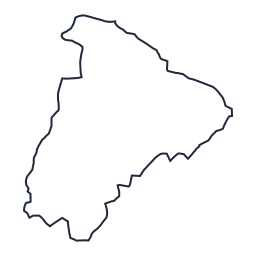 Aqra, Ninawa, Iraq (Natural Earth projection)
{"feature_id": "34846034B43190647810772", "entity_name": "Aqra", "entity_type": "district", "adm_level": 2, "iso_a3": "IRQ", "parent_name": "Iraq", "parent_adm1": "Ninawa", "projection": "natural_earth1", "projection_center": [43.799, 36.668], "detail": "fine", "context": "isolated", "style": "outline", "palette": "slate", "viewbox_px": 256, "rotation_deg": 0, "n_neighbors": 0, "source": "geoboundaries", "source_scale": "gbopen_adm2", "svg_char_len": 3287}
<svg xmlns="http://www.w3.org/2000/svg" viewBox="0 0 256 256"><path d="M62.3,78.4L62.2,78.6L61.9,79.3L61.7,80.0L61.5,81.1L60.7,83.4L59.8,86.7L58.5,91.3L58.0,93.5L58.0,96.5L58.0,99.3L58.5,102.2L58.7,105.9L58.8,108.6L58.6,109.9L58.4,110.2L58.0,110.8L57.9,111.0L56.5,112.1L55.3,113.5L53.4,115.7L51.7,117.4L51.6,117.6L51.5,119.9L51.5,123.2L51.5,125.2L51.4,126.6L51.1,127.2L50.8,127.8L50.7,128.6L50.1,130.1L49.6,131.4L48.8,133.5L48.5,134.0L47.3,134.8L46.4,135.7L45.5,136.7L44.5,137.9L43.2,138.9L42.1,139.9L41.5,140.9L40.8,142.0L39.7,144.1L38.8,145.5L38.4,146.3L37.8,147.7L37.2,148.8L37.0,149.6L36.7,151.0L36.6,152.0L36.2,153.2L36.0,153.8L34.8,156.0L34.0,157.2L33.9,157.7L33.8,158.6L33.7,160.8L33.7,162.4L33.7,163.2L33.5,163.8L33.2,165.4L32.8,167.2L32.5,168.9L32.4,169.6L31.7,170.6L30.6,172.1L30.1,172.8L29.5,173.6L28.4,174.8L27.5,176.0L27.2,176.5L26.5,178.3L26.2,179.4L25.9,180.9L25.9,182.1L26.2,183.5L26.2,184.9L26.8,185.7L27.6,186.8L27.8,187.6L28.5,188.4L28.3,189.8L27.6,191.4L29.9,193.4L30.5,194.0L30.6,201.7L29.0,202.4L26.5,202.7L25.9,203.1L25.2,204.6L24.5,206.7L24.2,208.4L24.0,210.7L26.4,212.5L27.6,213.7L28.7,216.4L29.5,217.7L31.5,216.5L33.4,215.6L39.2,215.6L42.1,218.0L43.2,219.4L45.2,222.0L46.3,223.4L47.9,224.6L49.9,226.3L53.1,223.9L55.7,222.1L58.0,220.7L62.2,217.9L64.9,219.6L68.0,221.5L67.9,222.7L68.7,228.7L69.3,233.3L70.1,235.9L70.2,237.7L71.6,238.4L74.0,239.3L76.0,240.5L76.8,240.6L81.7,240.4L84.8,240.3L86.5,240.3L88.4,240.5L89.1,239.5L91.1,235.9L91.7,233.9L93.8,231.4L97.3,228.7L100.5,225.4L102.9,222.0L106.3,217.7L107.1,214.6L107.1,212.1L106.9,210.1L105.8,205.6L105.2,203.6L110.7,201.6L114.3,200.7L117.0,198.0L119.2,196.2L119.2,191.7L117.6,185.4L118.7,185.1L119.5,184.9L128.4,186.5L129.2,186.1L129.3,186.1L129.4,185.9L130.2,183.6L131.8,175.7L132.0,175.5L140.0,176.0L140.1,175.8L143.9,170.0L144.0,169.9L149.2,164.3L153.8,159.5L153.8,159.4L154.0,159.1L154.3,158.7L157.9,155.7L160.8,153.9L163.0,153.5L166.8,153.7L168.6,157.5L170.2,160.9L175.6,155.5L178.2,153.5L180.1,153.5L183.8,154.2L187.9,158.7L190.1,156.4L191.9,154.4L193.9,151.9L195.0,150.8L196.4,148.8L199.3,146.3L199.3,145.2L200.4,144.5L202.6,143.4L206.5,141.4L208.4,140.5L209.8,138.5L211.8,135.5L214.3,133.1L216.3,131.0L217.9,130.6L218.5,130.4L220.8,129.7L221.6,129.3L222.8,128.8L225.0,123.6L227.5,118.9L228.6,117.3L229.1,116.4L232.0,116.0L231.8,109.0L225.7,105.9L225.1,104.6L224.6,102.3L222.8,97.8L218.6,92.4L217.0,90.4L214.6,88.2L212.8,86.8L210.4,85.9L202.5,82.8L193.8,79.6L191.6,79.0L188.7,78.3L182.8,74.0L180.8,73.8L178.4,73.1L175.7,72.9L169.4,71.3L168.1,71.1L167.0,69.8L167.4,61.2L165.2,60.3L163.8,59.9L162.0,59.2L160.9,58.8L159.8,57.0L158.9,54.3L157.6,52.5L156.6,50.2L152.9,48.2L147.5,44.4L141.0,40.3L138.5,38.8L137.0,37.2L135.6,35.6L134.7,34.3L131.6,33.6L126.7,32.9L125.8,32.0L124.6,31.1L122.8,29.4L120.9,28.5L118.8,27.3L117.2,25.8L116.4,24.9L115.0,22.8L115.2,21.4L110.4,21.9L105.5,21.4L100.8,19.8L96.3,18.7L90.1,16.9L85.1,15.6L82.4,15.4L78.4,16.3L75.5,17.6L73.9,22.8L72.6,25.7L70.8,28.6L66.1,31.7L63.4,32.9L62.1,33.8L61.6,36.5L62.7,38.0L64.8,39.6L66.6,40.0L69.9,40.5L71.7,40.5L74.8,42.3L79.5,44.5L82.5,47.0L82.5,49.7L81.3,54.0L80.7,58.2L80.2,62.0L80.2,63.5L80.4,67.2L80.7,72.8L81.6,77.1L81.2,77.2L78.9,77.8L75.3,78.2L71.1,78.4L66.3,78.7L62.4,78.4L62.3,78.4Z" fill="none" stroke="#1e293b" stroke-width="2"/></svg>